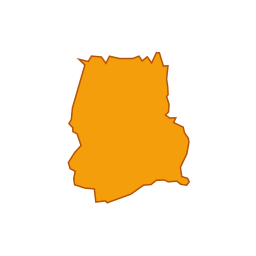 outline of Amherst, Virginia, United States of America, rotated 220°
{"feature_id": "52423323B69498607463637", "entity_name": "Amherst", "entity_type": "district", "adm_level": 2, "iso_a3": "USA", "parent_name": "United States of America", "parent_adm1": "Virginia", "projection": "mercator", "projection_center": [-79.163, 37.6], "detail": "fine", "context": "isolated", "style": "filled", "palette": "amber", "viewbox_px": 256, "rotation_deg": 220, "n_neighbors": 0, "source": "geoboundaries", "source_scale": "gbopen_adm2", "svg_char_len": 909}
<svg xmlns="http://www.w3.org/2000/svg" viewBox="0 0 256 256"><g transform="rotate(220 128 128)"><path d="M147.6,202.6L152.3,205.8L154.6,204.0L151.7,193.0L159.0,194.9L160.3,188.5L165.8,190.1L168.9,184.4L179.1,175.8L188.3,171.1L186.5,163.3L194.0,165.3L202.2,159.6L201.2,153.4L209.7,149.1L201.5,148.5L183.5,107.7L176.9,98.1L176.1,93.4L170.4,92.7L167.9,89.8L163.2,90.8L152.7,84.4L153.1,74.9L151.5,63.2L146.2,59.7L140.6,60.9L137.1,54.4L132.4,50.2L122.5,54.2L114.6,59.7L105.0,50.6L98.4,57.7L95.9,57.3L83.3,79.2L79.3,94.3L74.0,99.5L72.7,106.1L66.8,111.5L62.6,112.6L56.5,118.6L51.3,118.8L46.3,121.9L46.5,126.1L49.9,127.7L55.6,125.4L62.6,131.5L66.3,145.9L72.0,156.0L75.2,158.9L81.7,160.7L86.2,164.1L96.5,161.5L97.9,166.5L102.7,162.3L107.7,162.1L107.3,166.4L111.8,172.6L118.6,176.8L118.7,179.3L124.3,185.3L129.9,190.3L137.4,201.4L140.6,198.2L147.6,202.6Z" fill="#f59e0b" stroke="#b45309" stroke-width="1.5"/></g></svg>